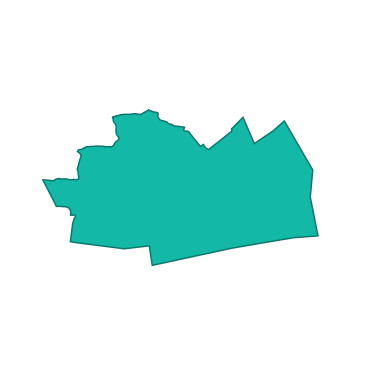 Abu-l-Matamir, Al Buhayrah, Egypt, rotated 306°
{"feature_id": "37247803B42865985960585", "entity_name": "Abu-l-Matamir", "entity_type": "district", "adm_level": 2, "iso_a3": "EGY", "parent_name": "Egypt", "parent_adm1": "Al Buhayrah", "projection": "mercator", "projection_center": [30.09, 30.782], "detail": "fine", "context": "isolated", "style": "filled", "palette": "teal", "viewbox_px": 384, "rotation_deg": 306, "n_neighbors": 0, "source": "geoboundaries", "source_scale": "gbopen_adm2", "svg_char_len": 4578}
<svg xmlns="http://www.w3.org/2000/svg" viewBox="0 0 384 384"><g transform="rotate(306 192 192)"><path d="M205.6,83.5L205.3,84.2L205.0,85.2L204.6,85.4L203.7,86.1L202.4,87.9L202.2,89.0L202.1,89.4L202.0,89.9L201.4,91.2L200.4,92.2L200.2,92.3L199.5,92.8L196.9,94.5L195.5,95.6L194.9,96.2L194.9,96.4L194.8,96.6L194.2,97.6L194.0,98.0L193.8,98.4L193.5,99.2L193.2,100.3L192.9,101.0L191.8,101.8L189.1,101.3L188.1,100.9L187.9,100.8L187.1,100.8L185.9,100.8L185.0,101.0L183.3,101.1L183.1,101.0L182.8,100.9L182.5,100.9L182.3,100.8L182.0,100.7L181.6,100.6L181.2,100.2L181.0,99.9L180.7,99.4L180.4,99.0L180.3,98.7L180.0,98.4L179.8,98.3L179.6,98.0L179.4,97.5L178.2,96.0L177.5,94.9L177.3,94.1L177.0,93.7L176.8,93.3L176.2,92.5L175.4,91.3L174.8,90.3L174.3,89.5L173.2,88.0L173.1,87.9L172.9,87.6L172.3,86.9L171.8,86.4L171.3,85.8L170.9,85.3L170.1,84.4L169.8,84.0L169.4,83.4L169.1,82.9L168.3,82.2L168.0,81.9L167.9,81.7L166.4,80.0L164.9,79.0L164.2,78.8L162.8,78.2L162.4,78.0L162.0,77.7L161.2,77.4L160.6,76.5L160.0,76.0L159.7,75.8L159.5,75.7L158.7,75.3L158.2,75.6L157.4,75.6L157.4,76.0L157.4,77.0L157.3,77.9L157.3,78.2L157.2,78.8L157.1,79.3L156.9,79.8L156.8,80.1L155.8,81.2L155.4,81.4L155.3,81.5L154.1,81.7L153.0,82.0L152.9,82.1L151.7,82.5L150.9,82.7L150.6,82.9L149.7,83.2L148.6,83.5L147.7,84.1L145.8,84.8L145.7,84.8L144.4,85.2L144.1,85.3L143.2,85.7L143.0,85.8L142.7,86.2L142.4,86.6L141.6,87.8L140.9,88.3L140.2,88.9L139.7,89.3L139.5,89.5L138.7,90.4L138.5,90.6L137.8,91.4L137.5,91.7L137.3,91.8L136.8,92.2L136.6,92.3L136.1,92.4L135.7,92.4L135.1,92.4L134.6,91.8L134.2,91.7L133.6,90.5L133.3,90.0L133.0,89.4L132.5,88.7L132.4,88.6L131.7,88.0L131.6,87.9L130.8,87.1L130.3,86.4L129.8,85.6L129.5,84.8L129.3,84.2L129.1,83.7L128.8,82.9L128.7,82.5L127.6,81.0L127.3,80.6L127.1,80.4L126.4,79.6L125.7,78.6L125.1,77.2L124.1,75.7L123.7,75.4L123.1,74.8L121.6,74.0L119.9,73.7L119.5,73.1L119.1,72.6L118.5,71.2L117.0,68.8L116.4,67.5L115.5,66.3L114.8,65.1L114.3,64.6L114.1,64.3L111.6,69.2L110.6,71.2L110.6,71.3L108.1,76.2L104.5,83.3L101.2,89.7L100.6,90.7L101.1,91.4L102.8,93.6L102.9,93.9L103.7,95.1L104.1,95.9L104.4,96.4L104.9,97.0L105.2,97.3L105.4,97.7L105.7,98.4L105.9,98.9L106.4,100.1L106.6,101.6L106.4,102.4L106.2,102.7L105.6,104.7L105.3,105.0L104.9,105.4L104.3,105.9L104.2,106.0L102.9,106.6L102.6,106.9L102.3,107.1L101.9,107.5L102.1,107.8L102.3,108.1L103.2,109.3L103.5,109.5L104.1,110.0L104.3,110.4L104.4,110.6L104.7,111.0L104.6,111.3L104.4,111.7L104.0,111.9L103.6,112.2L101.3,112.3L101.0,112.4L100.4,112.6L100.0,112.8L99.8,112.9L98.8,113.2L97.9,113.5L97.5,113.6L96.7,113.8L94.0,115.3L93.8,115.4L80.3,122.8L83.0,128.1L83.6,129.3L106.2,170.5L121.3,186.9L123.3,189.0L123.1,189.2L123.0,189.3L122.7,189.7L109.3,203.0L123.3,215.5L123.8,216.0L132.3,223.5L142.8,232.9L153.2,242.3L164.9,252.7L170.0,257.3L185.0,271.9L192.6,279.3L214.7,301.0L230.3,319.4L230.6,319.7L257.4,290.7L280.5,276.9L280.8,276.7L303.7,225.0L294.6,222.9L289.2,221.7L267.8,214.0L269.3,211.4L270.6,209.3L282.4,189.4L266.2,186.9L266.0,187.3L265.9,187.5L264.5,188.4L255.0,185.8L250.4,184.5L240.8,181.8L236.0,180.5L235.7,176.5L237.2,173.3L233.8,172.0L238.9,153.5L238.5,152.5L237.6,151.3L237.0,150.2L236.9,150.0L237.0,149.1L238.1,148.4L238.4,148.4L238.8,148.3L239.8,148.1L239.9,147.5L239.2,146.4L238.4,144.8L238.3,144.7L237.6,143.3L237.5,143.1L236.9,142.1L236.4,141.2L236.2,140.9L235.4,139.4L235.1,139.0L234.7,138.1L234.7,137.6L234.8,136.8L234.9,136.3L234.6,135.2L234.5,134.9L233.6,133.8L233.4,133.0L233.6,132.3L233.6,132.1L233.6,131.8L233.7,131.3L233.8,130.5L233.7,129.4L233.1,128.7L232.9,127.7L232.7,126.9L232.4,126.2L231.8,125.1L231.7,124.0L231.6,123.8L231.6,123.3L231.7,122.8L232.0,121.7L232.5,120.9L233.2,119.7L234.2,119.2L234.7,118.9L235.3,118.6L235.4,118.4L235.9,118.0L235.9,117.4L235.8,117.1L235.6,116.7L235.1,115.6L234.5,114.4L234.2,113.5L233.8,112.4L233.7,111.6L233.6,111.4L233.3,110.6L233.2,109.9L233.0,109.3L232.9,108.6L232.6,108.7L231.9,108.4L231.3,108.0L230.5,107.7L228.2,106.5L228.1,106.4L227.6,106.2L227.4,106.2L227.1,106.1L226.6,105.9L225.8,105.6L225.2,105.1L224.6,104.6L224.1,104.2L223.8,103.8L223.6,103.6L223.5,103.4L223.3,102.6L222.8,101.8L222.5,101.1L222.0,100.2L221.7,99.8L221.6,99.6L220.9,98.6L219.9,97.9L219.6,97.6L219.1,96.8L218.8,96.6L218.3,96.2L216.4,93.5L215.7,92.4L215.0,91.4L214.8,91.2L214.1,90.4L213.8,90.1L213.4,89.6L213.2,89.5L212.3,88.6L211.7,88.2L211.0,87.7L210.8,87.6L210.7,87.5L210.3,87.2L209.8,86.8L209.5,86.3L209.2,86.1L208.7,85.7L208.2,85.4L208.0,85.1L207.8,85.0L207.6,85.0L207.3,84.9L207.1,84.7L206.6,84.2L206.3,83.9L206.0,83.8L205.8,84.0L205.6,83.9L205.6,83.5Z" fill="#14b8a6" stroke="#0f766e" stroke-width="1.5"/></g></svg>